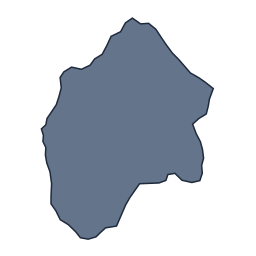 outline of São Lourenço, Minas Gerais, Brazil, rotated 88°
{"feature_id": "56859067B27474085083589", "entity_name": "São Lourenço", "entity_type": "district", "adm_level": 2, "iso_a3": "BRA", "parent_name": "Brazil", "parent_adm1": "Minas Gerais", "projection": "albers", "projection_center": [-45.035, -22.115], "detail": "fine", "context": "isolated", "style": "filled", "palette": "slate", "viewbox_px": 256, "rotation_deg": 88, "n_neighbors": 0, "source": "geoboundaries", "source_scale": "gbopen_adm2", "svg_char_len": 979}
<svg xmlns="http://www.w3.org/2000/svg" viewBox="0 0 256 256"><g transform="rotate(88 128 128)"><path d="M69.7,190.2L75.2,194.1L85.5,193.3L94.2,195.9L102.3,198.9L110.5,204.8L115.6,208.6L121.9,210.0L125.9,214.6L132.4,212.8L138.5,213.5L144.6,210.8L152.1,211.5L160.0,210.4L169.1,207.5L180.8,206.3L193.6,207.3L201.1,207.6L208.0,203.1L217.3,198.9L222.5,191.0L229.9,183.9L236.0,179.4L237.7,171.7L235.7,163.8L231.5,159.2L227.0,153.9L225.6,142.9L204.7,133.0L197.5,128.5L184.1,118.4L184.0,98.9L181.7,91.9L175.9,89.8L175.0,82.6L182.1,75.9L184.7,66.1L183.1,58.0L175.7,55.3L167.9,55.7L160.8,53.5L152.1,54.3L144.3,56.1L135.9,60.1L126.4,63.3L120.8,56.6L116.7,49.3L108.8,47.0L101.9,45.6L91.6,41.4L84.9,49.3L80.4,55.3L75.2,63.7L68.0,69.5L61.0,75.2L54.6,81.1L46.0,87.0L39.2,91.3L30.3,96.7L24.1,103.8L24.4,111.8L18.3,119.8L22.8,126.9L31.5,132.0L35.8,141.7L44.9,146.3L53.4,151.2L57.7,158.8L63.9,163.7L67.7,172.4L65.2,182.3L69.7,190.2Z" fill="#64748b" stroke="#1e293b" stroke-width="1.5"/></g></svg>